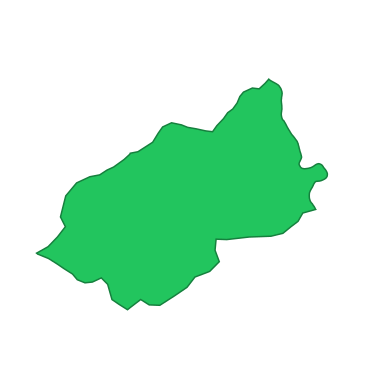 Kyonghung, Hamgyŏng-bukto, North Korea (Equal Earth projection), rotated 22°
{"feature_id": "82179303B15741079373395", "entity_name": "Kyonghung", "entity_type": "district", "adm_level": 2, "iso_a3": "PRK", "parent_name": "North Korea", "parent_adm1": "Hamgyŏng-bukto", "projection": "equal_earth", "projection_center": [130.331, 42.503], "detail": "fine", "context": "isolated", "style": "filled", "palette": "green", "viewbox_px": 384, "rotation_deg": 22, "n_neighbors": 0, "source": "geoboundaries", "source_scale": "gbopen_adm2", "svg_char_len": 5219}
<svg xmlns="http://www.w3.org/2000/svg" viewBox="0 0 384 384"><g transform="rotate(22 192 192)"><path d="M178.1,322.1L184.7,310.9L194.6,312.7L204.6,309.1L214.7,294.8L223.1,282.2L226.6,269.7L237.1,260.0L238.2,258.9L243.4,246.4L235.2,237.4L232.0,226.7L242.0,223.1L261.9,212.3L281.8,203.4L291.8,196.2L296.6,187.4L301.3,179.5L302.6,170.0L313.2,161.8L312.9,161.6L312.5,161.3L312.2,161.0L311.8,160.6L311.3,160.2L310.9,159.9L310.5,159.6L310.2,159.4L309.7,159.1L309.2,158.8L308.8,158.5L308.3,158.1L307.8,157.8L307.2,157.5L306.6,157.3L306.1,156.9L305.5,156.5L305.0,156.0L304.5,155.6L304.2,155.1L303.9,154.7L303.5,154.2L303.1,153.7L302.9,153.2L302.6,152.7L302.4,152.1L302.1,151.6L301.9,150.9L301.7,150.4L301.5,149.8L301.4,149.5L301.3,149.0L301.2,148.5L301.2,148.1L301.2,147.7L301.2,147.2L301.2,146.8L301.2,146.4L301.3,145.9L301.3,145.4L301.4,144.9L301.4,144.5L301.5,144.0L301.6,143.5L301.7,142.8L301.8,142.2L301.8,141.5L301.9,140.7L301.9,140.2L301.9,139.8L301.9,139.3L302.0,138.8L302.0,138.4L302.1,138.0L302.2,137.7L302.3,137.2L302.4,136.8L302.6,136.3L302.8,136.0L303.1,135.7L303.4,135.5L303.8,135.3L304.2,135.1L304.9,134.7L305.5,134.4L305.9,134.2L306.3,134.0L306.7,133.7L307.0,133.4L307.4,133.2L307.7,132.9L308.0,132.6L308.4,132.2L308.7,131.9L309.1,131.5L309.4,131.1L309.8,130.7L310.0,130.4L310.2,130.1L310.4,129.8L310.7,129.5L310.9,129.1L311.0,128.7L311.1,128.4L311.2,128.0L311.3,127.7L311.3,127.3L311.4,127.0L311.3,126.6L311.3,126.2L311.2,125.9L311.1,125.5L310.9,124.9L310.7,124.4L310.4,124.0L310.1,123.6L309.8,123.3L309.5,123.0L309.1,122.6L308.6,122.2L308.2,122.0L307.9,121.7L307.6,121.5L307.2,121.2L306.7,121.0L306.2,120.7L305.8,120.5L305.5,120.3L305.1,120.1L304.7,119.9L304.3,119.5L303.9,119.3L303.6,119.1L303.3,118.8L302.9,118.6L302.5,118.4L302.0,118.3L301.6,118.2L301.2,118.1L300.7,118.1L300.3,118.1L299.8,118.1L299.3,118.2L299.1,118.2L298.6,118.4L298.3,118.6L297.9,118.9L297.5,119.2L297.2,119.5L296.8,119.9L296.5,120.4L296.2,120.7L296.0,121.1L295.8,121.4L295.5,121.9L295.2,122.3L295.0,122.6L294.7,123.0L294.4,123.5L294.1,123.8L293.7,124.2L293.3,124.6L293.0,125.0L292.5,125.3L292.0,125.7L291.6,126.0L291.2,126.3L290.8,126.5L290.4,126.8L289.7,127.2L289.1,127.5L288.4,127.9L288.1,128.1L287.7,128.3L287.3,128.4L286.9,128.5L286.4,128.6L286.0,128.7L285.5,128.8L285.1,128.8L284.7,128.7L284.3,128.7L284.0,128.6L283.6,128.4L283.4,128.3L283.0,128.1L282.7,127.8L282.4,127.6L282.1,127.3L281.8,127.1L281.5,126.8L281.2,126.6L281.0,126.3L280.8,126.0L280.7,125.7L280.6,125.4L280.6,125.0L280.5,124.4L280.5,123.9L280.5,123.6L280.6,123.1L280.6,122.6L280.6,122.0L280.7,121.5L280.7,121.0L280.7,120.5L280.7,120.1L280.7,119.5L280.6,118.8L280.5,118.6L280.3,118.2L280.1,117.9L279.8,117.5L279.5,117.0L279.1,116.6L278.8,116.1L278.4,115.6L278.1,115.2L277.7,114.8L277.3,114.3L276.9,113.9L276.6,113.5L276.3,113.0L276.0,112.6L275.6,112.0L275.2,111.6L274.8,111.0L274.5,110.5L274.0,109.8L273.5,109.3L273.3,108.9L272.8,108.3L272.4,107.6L272.1,107.3L271.7,107.0L271.4,106.6L270.9,106.1L270.6,105.8L270.1,105.4L269.3,105.0L268.8,104.6L268.2,104.3L267.6,103.9L267.0,103.5L266.5,103.2L265.8,102.8L265.3,102.5L264.5,102.1L263.9,101.8L263.3,101.5L262.8,101.2L262.3,100.9L261.8,100.5L261.1,100.0L260.6,99.6L260.1,99.3L259.6,98.8L259.0,98.4L258.7,98.2L258.4,98.0L258.0,97.7L257.5,97.3L257.1,97.0L256.7,96.7L256.4,96.4L256.0,96.1L255.5,95.8L255.2,95.4L254.8,95.1L254.4,94.8L254.1,94.5L253.8,94.1L253.3,93.8L252.9,93.5L252.6,93.2L252.3,93.0L251.9,92.7L251.6,92.5L251.2,92.1L250.8,91.8L250.5,91.6L250.0,91.4L249.6,91.3L249.2,91.1L248.8,90.9L248.4,90.5L248.0,90.1L247.7,89.7L247.4,89.4L247.2,89.1L246.9,88.7L246.7,88.3L246.4,87.9L246.2,87.5L246.0,87.2L245.7,86.6L245.6,86.3L245.5,85.9L245.3,85.5L245.2,85.1L245.1,84.6L245.0,84.1L244.8,83.5L244.7,83.1L244.6,82.8L244.5,82.3L244.4,81.9L244.3,81.4L244.1,81.0L243.9,80.6L243.7,80.1L243.5,79.7L243.3,79.2L243.1,78.7L242.8,78.1L242.6,77.7L242.3,77.2L242.1,76.7L241.8,76.3L241.5,75.8L241.3,75.2L241.0,74.7L240.7,74.2L240.5,73.7L240.4,73.2L240.1,72.5L240.0,71.9L239.9,71.5L239.7,71.1L239.6,70.7L239.5,70.2L239.4,69.8L239.3,69.3L239.2,68.8L239.1,68.4L239.0,68.0L238.8,67.5L238.7,67.0L238.5,66.5L238.2,66.1L238.0,65.6L237.7,65.2L237.4,64.8L237.1,64.5L236.8,64.1L236.4,63.7L236.2,63.4L235.9,63.1L235.5,62.7L235.2,62.5L234.8,62.2L234.2,61.9L233.8,61.5L233.4,61.2L233.1,61.1L232.8,60.9L232.3,60.7L231.9,60.5L231.4,60.4L230.8,60.3L230.2,60.2L229.7,60.1L229.1,60.0L228.5,59.9L227.8,59.9L227.3,59.8L226.9,59.7L226.3,59.7L225.8,59.6L225.2,59.6L224.8,59.5L224.4,59.4L223.9,59.4L223.4,59.3L223.1,59.3L222.9,59.2L222.6,59.1L222.2,59.1L221.8,59.0L221.4,58.9L221.0,58.8L220.9,58.7L219.0,64.0L215.6,71.2L209.0,73.0L202.3,80.1L200.6,85.5L200.5,92.6L198.7,99.8L195.4,105.1L193.7,112.3L190.2,121.2L188.5,128.4L181.9,130.2L172.0,131.9L163.7,133.7L157.1,133.7L147.1,135.5L140.4,142.7L138.7,149.9L136.9,160.6L131.9,167.7L126.8,174.9L120.2,179.2L120.2,180.3L116.8,187.4L113.4,192.8L110.0,198.2L105.0,203.5L100.0,210.7L91.6,216.1L81.6,226.8L76.4,242.9L77.9,253.7L79.4,264.4L87.6,271.6L84.1,284.1L79.0,296.7L70.8,306.9L72.3,307.4L83.8,307.4L93.7,309.2L102.0,311.0L111.9,312.8L118.5,316.3L126.8,316.3L133.4,312.8L140.1,305.6L148.4,309.2L158.1,321.7L166.4,323.5L176.3,325.3L178.1,322.1Z" fill="#22c55e" stroke="#15803d" stroke-width="1.5"/></g></svg>